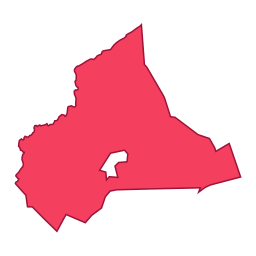 Wise, Virginia, United States of America (Equal Earth projection)
{"feature_id": "52423323B77161668949551", "entity_name": "Wise", "entity_type": "district", "adm_level": 2, "iso_a3": "USA", "parent_name": "United States of America", "parent_adm1": "Virginia", "projection": "equal_earth", "projection_center": [-82.73, 37.001], "detail": "fine", "context": "isolated", "style": "filled", "palette": "rose", "viewbox_px": 256, "rotation_deg": 0, "n_neighbors": 0, "source": "geoboundaries", "source_scale": "gbopen_adm2", "svg_char_len": 2198}
<svg xmlns="http://www.w3.org/2000/svg" viewBox="0 0 256 256"><path d="M229.2,143.5L215.8,151.4L214.7,147.8L209.4,138.5L198.1,134.7L175.0,117.3L170.5,116.7L164.5,97.9L163.3,95.5L146.7,67.0L144.4,64.5L141.4,24.7L139.7,26.4L136.9,28.1L131.6,32.0L128.7,33.5L126.4,34.9L126.1,35.3L126.3,36.2L124.5,37.9L120.3,40.0L116.7,42.5L113.9,45.1L110.5,49.6L103.5,50.8L102.9,51.1L102.3,51.5L101.2,54.3L99.3,54.9L97.2,55.9L95.8,57.7L93.7,59.5L92.7,59.2L90.7,59.0L86.4,61.2L81.7,64.3L78.4,66.1L77.6,66.0L76.2,67.0L74.6,69.2L74.5,69.7L74.5,71.3L76.2,74.5L76.3,76.7L76.1,80.3L75.3,81.0L75.0,81.5L75.8,85.1L76.7,86.7L77.7,87.3L78.1,87.9L78.2,89.1L77.6,89.8L76.3,90.1L75.5,89.9L74.2,91.2L74.5,94.4L75.5,96.6L76.1,98.9L75.8,101.8L75.7,104.2L76.0,105.5L75.1,106.7L75.0,106.8L74.5,107.1L72.4,106.4L71.7,105.8L68.3,106.6L67.8,107.4L67.1,113.4L66.1,115.7L65.1,116.3L64.6,115.5L63.8,115.0L61.8,114.6L59.0,116.8L58.7,117.9L56.9,120.6L54.7,120.8L54.3,122.2L52.9,124.4L50.2,124.5L49.6,124.9L49.5,125.2L48.5,125.8L47.9,125.6L47.6,125.2L47.4,124.3L46.9,123.7L45.7,124.6L40.7,125.9L39.8,125.0L38.9,125.5L38.3,125.5L37.5,126.4L37.1,126.5L36.1,125.4L34.8,125.7L34.3,126.8L34.0,128.2L34.6,129.9L34.0,132.0L32.8,132.8L31.9,134.4L31.0,135.3L30.4,135.3L29.9,135.4L28.4,137.0L26.7,137.1L26.0,136.6L25.5,136.4L25.1,136.3L24.0,137.8L23.9,139.4L23.4,139.8L22.4,139.8L21.5,138.9L20.7,139.4L20.3,139.8L20.0,139.9L19.7,140.2L19.3,140.7L19.1,141.9L18.9,143.0L18.6,146.1L18.6,146.4L19.8,147.5L20.5,150.2L21.0,150.2L21.5,150.3L22.4,151.2L23.2,152.2L24.3,152.3L24.1,153.0L22.6,154.8L22.4,156.4L22.1,156.9L22.0,159.8L22.4,160.7L23.1,163.0L23.4,164.8L23.1,165.7L22.6,167.0L21.9,167.5L21.3,168.5L20.6,169.2L19.8,170.7L17.9,173.1L17.3,173.7L16.3,174.7L15.8,175.9L17.7,178.2L18.7,179.1L17.5,181.4L16.2,181.9L15.4,183.1L15.5,183.7L25.9,195.3L27.5,206.8L32.3,206.9L45.1,219.8L56.9,231.3L66.0,214.5L85.3,222.7L91.7,215.3L101.5,208.0L105.3,196.8L110.1,191.1L116.7,189.8L149.7,188.9L200.3,187.8L198.7,192.1L205.3,187.3L210.5,184.9L240.6,177.0L229.2,143.5ZM99.6,170.3L110.5,153.2L124.5,150.2L127.8,153.9L127.0,161.8L118.7,162.5L115.0,166.1L117.8,177.4L109.3,176.7L106.5,179.9L105.8,172.1L99.6,170.3Z" fill="#f43f5e" stroke="#9f1239" stroke-width="1.5"/></svg>